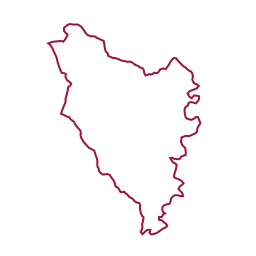 the district of Lagoa da Prata, Minas Gerais, Brazil, rotated 176°
{"feature_id": "56859067B36173600570766", "entity_name": "Lagoa da Prata", "entity_type": "district", "adm_level": 2, "iso_a3": "BRA", "parent_name": "Brazil", "parent_adm1": "Minas Gerais", "projection": "natural_earth1", "projection_center": [-45.504, -19.999], "detail": "fine", "context": "isolated", "style": "outline", "palette": "rose", "viewbox_px": 256, "rotation_deg": 176, "n_neighbors": 0, "source": "geoboundaries", "source_scale": "gbopen_adm2", "svg_char_len": 3409}
<svg xmlns="http://www.w3.org/2000/svg" viewBox="0 0 256 256"><g transform="rotate(176 128 128)"><path d="M148.2,217.6L150.4,218.8L152.7,220.0L154.8,221.8L156.8,221.9L159.1,222.3L161.8,223.5L163.7,225.9L164.9,228.2L166.2,230.1L167.5,232.3L169.4,233.8L171.3,234.8L173.4,234.9L175.9,235.1L178.8,235.8L181.0,235.1L182.6,233.9L184.8,232.4L185.1,229.3L183.4,227.0L181.7,225.5L183.1,222.8L184.9,220.4L186.5,218.6L188.7,219.5L190.7,219.4L193.2,219.4L196.4,219.3L198.9,218.8L201.6,218.0L200.0,216.5L198.5,214.2L196.8,210.0L195.8,207.1L194.9,204.9L194.2,202.5L193.7,199.1L193.0,196.2L192.2,193.2L191.2,190.1L190.4,187.7L188.0,187.2L186.2,186.2L186.8,183.1L185.4,179.9L183.6,178.5L181.5,176.3L182.7,174.4L184.9,172.7L185.7,168.9L186.8,165.7L187.5,163.5L188.3,161.5L188.4,158.7L189.6,156.1L191.2,152.9L192.7,149.6L193.8,146.8L191.2,145.7L189.4,144.5L187.7,143.4L185.8,142.9L184.9,141.0L183.1,139.4L181.2,137.7L180.6,135.6L179.3,133.5L177.3,130.9L175.6,128.6L175.5,126.1L175.9,123.8L175.3,121.4L174.2,119.3L173.1,117.0L171.5,114.9L170.0,113.0L168.1,110.8L165.3,109.1L163.2,107.8L162.5,104.7L162.0,102.0L161.0,99.5L160.9,96.1L161.2,93.6L161.2,91.5L160.0,89.7L160.0,87.5L158.8,85.4L156.7,83.4L153.9,83.4L151.7,83.6L149.4,82.4L148.3,80.3L147.3,78.6L145.8,76.4L145.0,73.6L144.4,70.4L142.3,69.4L140.9,66.8L139.9,64.6L138.1,64.4L136.2,64.7L135.0,63.0L133.1,61.5L132.0,59.6L130.5,58.5L128.1,56.9L126.5,54.5L124.5,53.0L121.9,52.4L121.3,50.1L121.7,47.5L121.5,45.1L121.2,42.4L120.2,39.7L118.8,37.9L119.2,35.4L119.9,32.9L120.8,30.8L120.4,28.7L121.1,26.0L122.6,23.5L121.0,21.1L117.9,23.6L115.5,25.1L112.8,24.7L113.9,21.8L112.0,20.2L108.8,20.7L106.3,21.4L104.0,22.8L101.4,24.5L99.3,25.4L97.0,26.4L95.6,27.9L96.9,30.0L98.9,31.5L100.5,33.5L103.5,34.3L103.1,37.1L100.7,36.8L98.9,39.4L97.0,40.2L98.6,41.6L99.5,43.5L99.2,46.6L97.7,48.2L95.4,49.0L91.7,49.6L90.7,51.6L90.0,54.7L88.1,56.6L86.2,57.6L83.3,57.5L80.3,56.4L77.9,56.3L78.3,59.3L80.2,61.5L82.0,63.7L80.6,65.8L78.6,67.2L76.4,68.9L78.1,71.4L80.1,72.7L81.6,73.7L83.8,74.5L85.6,76.0L84.8,79.4L83.5,82.4L82.7,85.1L82.0,87.8L83.4,89.3L85.2,90.3L86.6,92.2L88.0,95.1L86.0,95.3L84.4,94.1L82.1,93.7L80.3,93.3L78.5,93.6L77.1,95.7L74.3,96.6L72.4,97.1L72.0,99.8L72.3,103.8L73.8,105.8L75.3,107.6L76.1,110.8L75.2,114.9L72.3,115.8L70.0,116.1L68.4,115.6L66.3,116.0L64.7,116.6L62.9,117.4L61.3,117.9L59.8,119.0L59.1,121.1L58.7,123.3L57.2,125.4L55.4,127.8L56.5,131.2L57.6,134.2L59.8,134.1L61.4,132.7L64.0,131.7L66.3,132.4L68.2,133.0L69.7,134.5L70.1,137.0L70.4,139.6L70.3,142.7L69.0,145.0L66.8,146.1L65.9,148.7L63.6,149.5L61.3,148.9L58.5,147.8L56.4,150.0L55.0,152.3L55.0,154.8L57.1,155.4L59.9,155.8L62.4,153.3L64.7,155.0L66.2,158.3L64.1,160.3L61.0,161.4L58.6,162.1L56.7,162.8L54.4,165.1L56.5,166.9L58.6,167.8L59.8,169.4L60.5,172.0L59.6,174.8L60.1,178.0L61.0,179.7L62.8,180.8L64.4,182.1L66.1,184.0L68.6,185.9L71.0,188.7L73.4,191.6L75.2,194.2L77.4,194.6L79.0,193.5L80.3,192.0L81.5,190.4L82.8,188.3L84.6,186.1L86.3,184.1L88.7,185.0L92.0,184.1L93.6,181.7L95.8,180.5L98.0,181.4L99.7,180.2L101.5,179.7L103.3,180.4L104.9,179.5L106.8,179.2L108.0,181.7L108.2,184.1L108.7,186.1L110.6,187.2L112.2,187.9L113.8,189.4L116.1,190.3L118.2,192.2L120.8,194.0L122.8,194.1L124.7,194.2L126.5,195.0L128.2,195.4L130.3,195.9L131.8,196.9L133.7,197.9L136.0,198.6L138.3,199.0L140.7,200.2L142.7,201.3L143.0,203.8L144.8,205.8L145.6,209.5L145.8,213.5L146.2,216.6L148.2,217.6Z" fill="none" stroke="#9f1239" stroke-width="2"/></g></svg>